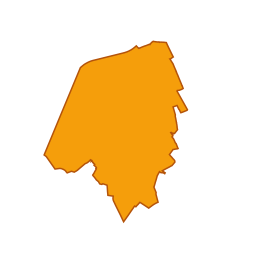 outline of Bergen op Zoom, Noord-Brabant, Netherlands, rotated 52°
{"feature_id": "6326949B50303337761735", "entity_name": "Bergen op Zoom", "entity_type": "district", "adm_level": 2, "iso_a3": "NLD", "parent_name": "Netherlands", "parent_adm1": "Noord-Brabant", "projection": "equal_earth", "projection_center": [4.307, 51.505], "detail": "fine", "context": "isolated", "style": "filled", "palette": "amber", "viewbox_px": 256, "rotation_deg": 52, "n_neighbors": 0, "source": "geoboundaries", "source_scale": "gbopen_adm2", "svg_char_len": 4747}
<svg xmlns="http://www.w3.org/2000/svg" viewBox="0 0 256 256"><g transform="rotate(52 128 128)"><path d="M97.6,210.7L99.7,210.1L100.1,210.0L100.3,210.0L100.6,210.0L110.0,210.5L112.2,210.6L115.4,210.8L117.8,206.7L118.0,206.5L118.2,206.2L118.4,206.1L118.6,205.9L119.0,205.5L119.3,205.3L119.9,205.0L120.3,204.7L120.9,204.4L121.2,204.3L121.4,204.2L122.1,203.9L122.5,203.8L122.8,203.7L123.1,203.7L123.3,203.7L123.5,203.6L124.6,203.7L125.9,203.6L127.3,199.2L129.0,198.0L129.7,197.5L129.9,196.1L130.0,195.8L130.0,195.5L130.1,194.5L130.1,193.8L130.2,193.7L130.0,192.3L130.1,191.7L130.0,191.0L129.9,188.4L129.8,185.8L129.8,185.6L129.7,184.0L130.2,181.8L130.3,181.5L130.3,181.1L130.3,180.8L130.3,180.5L130.2,178.1L130.2,177.9L130.1,177.6L129.9,177.2L131.3,176.5L131.4,176.8L131.5,177.0L131.7,177.4L131.8,177.0L133.7,176.7L133.8,177.0L136.1,176.6L136.4,177.7L139.6,177.2L140.1,178.3L140.5,178.3L140.7,178.2L140.8,178.4L140.9,178.6L141.1,179.0L141.5,180.1L141.8,180.7L142.0,181.3L142.6,182.5L142.9,183.4L143.1,183.8L143.1,184.2L143.4,184.8L143.5,184.8L144.0,184.9L144.9,184.9L145.6,184.8L146.4,184.8L147.8,184.8L149.5,184.9L149.8,184.8L152.1,184.3L154.6,184.7L154.8,184.6L156.4,183.3L156.4,182.2L160.2,179.7L161.0,180.2L162.5,181.2L163.4,181.8L165.4,183.2L168.7,185.3L172.6,181.6L173.7,182.7L174.0,183.0L174.3,183.2L174.4,183.3L174.9,183.6L175.1,183.7L175.6,184.0L176.0,184.1L176.5,184.3L178.4,184.7L181.4,185.4L192.1,187.6L198.2,189.0L199.2,189.2L197.4,183.2L197.0,181.8L195.4,176.8L194.4,173.5L193.6,170.9L194.9,170.3L194.6,168.8L194.5,168.3L194.5,167.8L194.2,166.2L194.0,165.0L193.9,164.4L195.8,163.7L200.5,162.1L203.9,161.0L203.9,160.9L203.9,160.4L204.0,156.5L204.1,154.8L204.1,154.6L204.2,154.0L204.3,153.2L204.5,152.2L204.6,151.5L204.8,150.8L204.8,150.5L204.9,150.4L205.0,150.0L204.3,149.7L201.9,148.7L201.2,148.4L200.8,148.2L200.3,148.0L199.4,147.6L197.8,146.9L197.6,146.8L197.3,146.7L197.2,146.6L196.2,145.6L195.9,145.5L193.8,144.9L192.7,144.6L190.6,144.0L190.4,143.8L190.2,143.6L190.2,143.4L187.4,139.6L186.8,138.7L185.6,137.0L184.1,135.0L183.9,134.8L183.8,134.6L183.7,134.4L183.6,134.2L183.0,132.9L182.8,132.4L182.5,131.6L181.8,130.1L183.4,129.6L184.8,128.1L185.0,127.9L185.3,127.7L185.5,127.6L186.0,127.4L186.6,127.2L186.2,126.3L183.7,127.1L183.1,127.3L182.8,127.3L182.9,126.9L183.0,126.1L183.2,124.8L183.6,122.4L183.7,122.0L183.8,121.6L184.0,120.3L184.1,120.0L184.4,117.8L184.7,116.5L184.7,116.4L184.6,116.2L184.3,114.4L184.1,113.8L184.0,113.4L184.0,113.0L183.8,112.2L183.7,112.0L183.2,111.7L182.4,111.3L180.9,111.3L180.5,111.4L180.4,111.4L178.3,111.5L177.9,111.5L177.1,111.6L176.6,111.6L176.0,111.7L174.4,111.7L174.2,110.9L173.7,109.2L173.4,108.2L173.2,107.6L173.1,107.0L172.9,106.4L172.8,105.9L172.7,105.8L172.8,105.6L173.2,104.9L173.3,104.7L173.5,104.3L173.5,104.2L174.1,103.1L174.6,102.2L174.9,101.7L175.0,101.5L175.0,101.4L175.0,101.1L174.2,101.0L173.5,100.8L172.9,100.6L169.9,99.7L169.6,99.7L169.3,99.8L169.2,99.8L168.8,99.8L168.6,99.8L168.3,99.7L166.4,99.2L164.7,98.8L164.0,98.8L162.8,98.8L162.4,98.8L162.1,98.8L161.8,97.4L157.9,97.1L158.0,96.7L158.4,96.6L158.8,96.4L160.6,95.7L160.2,95.4L160.9,94.4L159.8,90.0L158.8,89.5L158.4,89.3L157.5,88.8L157.5,88.7L155.5,87.5L153.9,86.7L153.7,86.5L153.6,86.4L153.4,86.4L150.7,85.0L150.6,84.9L150.4,84.8L147.9,83.6L146.8,82.6L144.8,81.8L139.1,79.5L139.1,79.4L139.2,79.2L139.4,78.7L140.2,76.3L140.4,75.5L140.5,75.5L144.5,76.4L144.8,76.4L145.2,76.3L145.3,76.3L146.5,76.6L148.4,77.0L148.5,77.0L149.2,74.9L149.3,74.6L150.1,71.7L150.3,71.0L150.4,70.7L150.4,70.4L150.2,69.9L130.6,66.9L128.7,66.6L128.4,66.5L128.5,66.5L129.2,65.4L129.5,64.9L129.8,64.4L130.0,63.9L130.5,62.2L130.6,61.6L130.8,61.0L130.8,60.4L130.8,60.2L128.0,59.3L127.9,59.4L127.2,59.2L126.7,59.0L124.5,58.4L120.1,57.2L117.4,56.4L116.3,56.1L115.3,55.9L113.1,55.3L113.2,55.2L111.4,54.7L110.9,54.6L107.8,53.8L106.5,53.4L105.4,53.1L105.1,53.0L104.9,53.0L103.8,52.9L100.7,52.6L100.1,52.5L99.6,52.5L99.4,52.5L99.5,52.3L99.6,52.0L99.7,51.7L99.8,49.8L99.8,49.4L99.9,48.6L97.7,48.2L90.2,46.6L86.6,45.8L85.0,45.4L84.3,45.2L84.0,45.5L83.5,46.0L83.2,46.2L83.0,46.5L82.4,47.1L80.6,49.2L79.8,50.2L79.5,50.4L79.6,50.5L79.4,50.6L79.1,51.0L77.9,52.3L77.2,53.0L76.9,53.3L76.6,53.5L75.3,54.9L75.2,54.9L75.2,55.0L75.1,56.8L75.2,57.1L75.2,57.3L75.7,59.2L75.4,59.2L75.3,59.3L75.2,59.4L75.2,59.6L74.0,63.7L73.9,63.8L73.8,64.0L72.8,67.2L72.5,68.4L72.2,69.3L72.3,69.3L72.2,69.7L72.0,69.9L72.0,70.0L71.9,70.3L71.6,70.4L71.6,70.5L71.4,70.5L71.1,70.6L70.9,70.7L68.4,70.9L68.5,73.1L68.5,75.4L68.3,77.6L67.9,79.9L67.3,82.1L66.5,84.3L65.6,86.4L57.9,103.6L57.1,105.4L57.0,105.7L56.8,106.1L54.1,112.1L53.1,114.3L52.3,116.4L51.7,118.7L51.3,120.9L51.0,123.2L51.0,125.4L51.1,128.3L62.5,148.5L75.9,172.3L97.6,210.7Z" fill="#f59e0b" stroke="#b45309" stroke-width="1.5"/></g></svg>